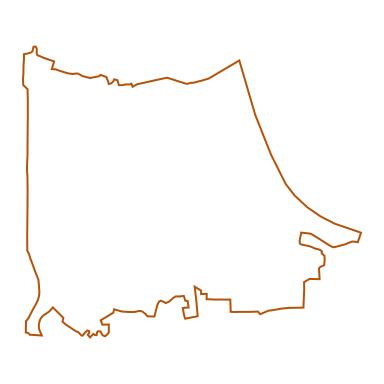 outline of Hai Ba Trung, Ha Noi, Vietnam
{"feature_id": "81297802B70315889029707", "entity_name": "Hai Ba Trung", "entity_type": "district", "adm_level": 2, "iso_a3": "VNM", "parent_name": "Vietnam", "parent_adm1": "Ha Noi", "projection": "robinson", "projection_center": [105.856, 21.007], "detail": "fine", "context": "isolated", "style": "outline", "palette": "amber", "viewbox_px": 384, "rotation_deg": 0, "n_neighbors": 0, "source": "geoboundaries", "source_scale": "gbopen_adm2", "svg_char_len": 3574}
<svg xmlns="http://www.w3.org/2000/svg" viewBox="0 0 384 384"><path d="M38.3,279.4L38.5,280.9L38.7,282.7L38.9,284.9L39.3,291.0L39.3,293.7L39.1,295.1L38.9,296.3L38.7,297.5L38.3,298.6L37.9,300.0L36.9,302.1L36.3,303.3L35.0,305.8L33.4,308.5L32.8,309.6L31.6,312.0L30.5,314.1L28.8,317.4L28.5,318.1L26.7,320.4L26.0,321.1L25.8,332.5L27.3,332.6L28.4,333.2L29.1,334.0L29.7,334.7L41.8,335.5L40.1,331.6L39.2,329.4L38.8,326.7L38.9,324.4L39.4,321.7L40.5,318.8L41.6,317.3L42.9,315.8L48.4,312.1L50.4,310.3L52.8,307.4L63.4,317.9L62.5,321.7L66.4,325.0L76.1,331.4L78.3,332.1L80.3,334.4L81.7,335.6L82.4,335.7L85.6,332.0L87.3,330.5L88.8,330.9L89.2,331.6L89.3,332.2L88.8,333.5L87.8,334.8L90.0,337.4L93.4,333.9L94.9,335.0L96.2,335.2L96.8,334.8L96.8,333.1L97.5,331.7L97.8,331.4L99.6,331.3L100.5,331.4L100.9,332.3L102.6,335.2L105.0,336.3L106.9,334.7L108.8,332.6L108.8,324.5L102.4,324.7L100.7,320.3L113.3,312.7L114.1,309.3L121.7,311.5L129.1,312.0L134.3,312.0L139.5,310.9L141.2,311.1L142.6,311.7L145.6,314.0L146.7,315.5L147.7,316.3L149.5,316.4L154.4,316.5L157.3,305.0L159.1,301.5L160.9,300.7L164.2,302.1L165.7,303.1L169.1,301.6L173.5,297.8L175.7,296.4L178.3,296.4L179.7,296.6L179.9,296.4L183.8,295.9L185.3,300.7L187.7,301.1L188.6,307.5L183.7,307.8L183.7,308.0L182.8,308.1L183.1,309.7L183.9,314.4L184.7,317.3L185.2,318.7L197.7,316.2L196.2,299.6L194.7,286.7L201.1,290.6L201.1,294.1L206.7,293.8L206.7,295.3L206.6,299.2L214.3,299.5L215.5,299.6L219.4,299.5L225.3,299.6L230.3,299.6L230.7,311.8L234.0,312.0L238.6,311.9L248.6,311.9L258.0,311.6L260.1,314.2L268.4,310.7L272.8,310.2L281.6,308.6L288.4,307.9L303.5,307.6L303.5,305.7L304.2,289.9L304.1,282.1L308.2,279.7L309.8,278.9L319.6,279.2L319.0,268.5L320.0,267.1L324.2,265.1L324.6,260.5L324.6,258.9L324.5,255.7L324.2,255.5L321.7,253.3L321.9,251.3L319.7,249.8L318.0,249.2L316.3,248.9L315.0,248.4L313.9,248.2L313.3,247.7L312.0,247.2L311.0,246.7L309.6,246.3L307.6,245.8L303.5,245.0L300.9,244.3L300.2,243.9L299.8,243.4L299.7,242.2L299.6,240.8L300.2,237.7L300.7,235.4L300.9,234.4L301.2,232.6L302.4,232.8L307.6,233.3L310.4,233.7L312.3,234.6L320.1,239.4L329.9,245.7L332.5,247.0L333.6,247.2L335.9,246.8L338.7,246.0L345.1,244.4L346.7,243.7L351.1,241.9L351.6,241.7L352.8,241.5L353.8,241.6L356.1,241.9L357.8,242.2L361.0,232.7L334.7,223.7L320.7,216.5L307.3,207.3L294.6,195.5L285.7,184.0L271.1,154.8L268.6,148.6L255.3,115.1L239.3,60.5L208.6,78.6L202.9,80.3L202.2,80.5L201.5,80.7L200.8,80.9L200.2,81.0L197.8,81.6L195.0,82.4L194.3,82.6L193.8,82.7L193.4,82.8L191.7,82.7L187.7,83.7L186.7,83.8L185.3,83.5L179.7,81.7L177.7,81.1L173.4,79.7L167.0,77.7L150.9,81.2L150.3,81.3L150.1,81.4L145.2,82.5L137.3,84.2L134.1,85.9L133.9,86.0L132.6,86.7L131.4,83.7L129.5,84.5L125.8,84.4L122.3,85.2L118.9,85.1L117.4,80.2L114.1,79.4L113.3,81.4L111.3,83.3L108.8,84.0L108.1,81.3L106.2,76.9L100.5,74.9L99.3,76.2L90.1,78.0L89.9,77.9L86.4,77.1L82.3,76.0L80.1,74.7L77.5,73.5L75.0,73.6L73.1,74.1L67.4,73.2L57.9,70.2L56.0,69.4L51.8,69.1L53.2,64.5L54.1,61.4L45.2,58.4L41.6,56.9L40.7,56.5L39.6,56.0L37.3,55.2L36.7,53.5L36.8,49.4L36.2,47.3L35.5,46.6L33.5,46.8L32.4,51.4L30.9,52.5L28.1,53.4L24.0,54.2L24.0,58.5L23.5,66.0L23.4,73.7L23.0,79.4L23.2,85.0L27.6,89.3L27.6,92.0L27.7,96.1L27.8,99.3L27.8,102.9L27.8,109.5L27.8,112.7L27.8,117.4L27.8,119.4L27.7,125.2L27.7,126.7L27.6,138.0L27.5,150.9L27.5,154.7L27.1,164.0L27.0,170.9L27.4,175.3L27.5,182.8L27.6,191.3L27.5,207.2L27.4,215.8L27.2,236.9L27.3,250.8L27.8,251.7L28.0,252.0L28.1,252.3L28.1,252.6L28.2,252.8L28.6,253.2L28.8,253.5L29.0,253.9L30.2,258.2L30.6,259.1L32.5,264.2L34.3,269.2L35.2,271.6L38.3,279.4Z" fill="none" stroke="#b45309" stroke-width="2"/></svg>